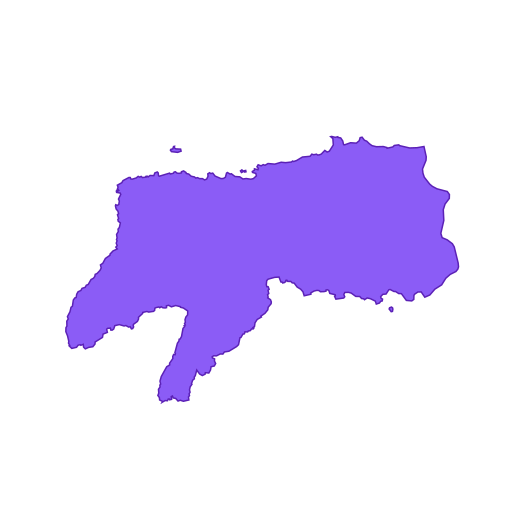 Santa Bárbara de Samaná, Samaná, Dominican Republic, rotated 167°
{"feature_id": "3306468B43421780768425", "entity_name": "Santa Bárbara de Samaná", "entity_type": "district", "adm_level": 2, "iso_a3": "DOM", "parent_name": "Dominican Republic", "parent_adm1": "Samaná", "projection": "orthographic", "projection_center": [-69.295, 19.263], "detail": "fine", "context": "isolated", "style": "filled", "palette": "violet", "viewbox_px": 512, "rotation_deg": 167, "n_neighbors": 0, "source": "geoboundaries", "source_scale": "gbopen_adm2", "svg_char_len": 6138}
<svg xmlns="http://www.w3.org/2000/svg" viewBox="0 0 512 512"><g transform="rotate(167 256 256)"><path d="M66.0,228.7L70.5,232.0L70.8,236.5L65.0,248.4L63.1,259.0L60.1,264.1L54.7,268.6L53.7,272.4L55.1,275.8L64.6,280.8L68.5,284.2L70.6,287.0L74.3,294.9L74.7,299.2L74.2,303.3L68.8,311.0L67.8,314.4L67.7,324.9L74.8,325.3L82.0,326.7L91.2,331.2L91.9,332.2L96.4,332.6L98.1,331.5L104.0,331.5L104.0,332.2L107.3,334.0L114.1,335.4L118.1,337.4L120.3,339.9L122.3,343.0L124.3,344.4L125.9,347.9L127.9,347.9L129.5,345.1L132.8,343.4L138.4,345.1L144.6,344.4L145.6,344.8L145.6,348.6L146.9,352.0L149.5,353.1L149.5,353.8L152.1,353.8L155.4,355.5L156.4,355.5L154.7,353.1L155.7,346.8L161.0,341.6L163.3,341.3L165.2,343.4L169.5,340.6L171.8,340.3L173.4,340.6L174.1,341.6L177.0,341.7L178.7,342.7L180.9,341.0L188.5,342.0L195.0,339.9L198.0,339.6L199.0,340.3L200.3,339.6L206.2,340.3L210.4,341.7L217.0,341.3L223.5,343.4L226.8,342.4L228.4,343.4L230.7,342.7L233.4,344.4L235.0,342.7L234.0,341.0L234.7,339.6L237.9,341.3L238.3,339.9L240.6,339.2L240.6,338.2L237.6,336.5L237.6,334.0L241.2,332.0L243.8,332.0L248.1,333.7L251.4,334.0L254.0,336.8L258.6,338.2L261.5,341.7L262.8,341.7L265.1,343.8L266.1,343.4L268.1,339.6L270.4,338.9L272.7,339.3L277.9,343.1L279.5,346.5L281.5,346.5L282.5,347.6L284.5,346.9L284.8,344.5L286.8,342.0L289.0,341.7L290.7,343.4L293.6,344.1L295.3,345.5L297.2,345.5L298.2,346.9L301.2,348.3L303.1,351.0L305.4,352.1L305.4,353.1L307.4,355.2L309.7,354.9L310.0,353.8L312.3,353.8L314.3,354.5L315.6,356.2L316.9,356.2L317.9,355.2L321.1,355.2L321.5,356.2L332.3,355.5L332.9,356.2L332.6,359.0L333.3,360.1L335.9,359.7L337.5,357.3L341.1,358.3L343.4,357.3L344.1,358.3L345.4,358.3L345.4,357.6L349.0,358.0L350.0,359.4L351.6,359.0L352.9,360.1L355.2,359.0L359.5,358.7L360.8,359.4L360.8,360.7L362.1,361.1L368.6,359.4L370.3,357.6L375.2,356.2L374.9,354.1L376.2,352.1L375.5,352.4L374.9,350.7L376.2,350.3L376.5,351.4L377.5,350.7L377.5,349.3L374.2,347.9L373.9,346.5L377.2,342.4L376.8,340.3L378.1,337.1L379.8,336.5L381.1,337.5L381.7,336.5L381.7,333.3L380.4,330.6L380.4,328.1L381.7,327.4L381.4,323.6L382.4,322.6L382.4,320.8L380.7,318.8L382.7,314.6L384.4,313.2L384.7,310.8L387.0,308.4L387.3,304.9L388.3,303.2L387.9,302.1L389.3,300.0L388.9,297.3L390.6,296.2L389.6,294.1L394.2,293.1L397.8,290.7L398.1,289.6L403.3,287.5L406.9,283.4L409.6,282.3L409.5,279.2L411.2,277.1L414.8,274.7L416.8,274.3L417.7,272.3L419.4,270.9L422.0,270.2L425.9,266.0L427.9,265.7L429.5,263.9L432.8,263.6L434.4,261.8L437.4,261.2L439.3,259.1L440.6,256.0L442.0,255.9L443.9,254.2L446.2,248.3L447.8,247.6L449.8,243.5L453.4,239.3L453.1,236.9L455.0,235.1L456.0,230.3L457.3,228.9L458.3,225.1L457.6,220.6L457.6,215.0L458.3,213.3L457.6,210.8L458.3,210.5L456.3,207.4L451.4,207.4L449.4,209.1L447.2,209.1L446.8,208.4L444.2,208.8L444.5,206.0L443.2,203.9L439.6,204.6L435.4,204.3L432.7,206.4L432.1,208.4L423.9,211.2L422.6,214.3L418.0,215.0L418.0,218.2L417.0,218.9L414.1,218.5L414.1,216.4L412.8,216.1L411.1,216.8L409.2,219.9L404.6,219.9L400.3,217.5L398.4,217.5L396.1,215.4L394.5,215.4L393.8,213.0L392.5,213.0L391.2,214.4L391.2,216.4L390.5,217.1L386.3,218.9L384.6,221.0L384.3,222.7L379.4,225.5L379.1,226.5L374.8,226.5L373.2,225.5L368.3,225.1L367.0,225.8L366.3,227.9L365.0,228.2L362.1,228.2L361.4,227.2L359.8,227.9L358.4,226.5L356.2,225.8L354.8,225.8L354.5,227.6L352.2,227.6L349.9,225.5L345.4,225.8L341.1,223.7L341.1,223.0L338.5,221.7L334.9,217.8L335.9,214.0L338.1,212.3L339.5,209.9L339.8,207.1L340.8,206.4L340.4,204.7L341.7,204.3L341.4,203.3L343.4,201.9L346.7,194.3L348.6,192.2L349.6,192.2L350.3,190.4L352.2,188.7L356.8,180.0L356.5,179.0L357.1,178.0L358.4,178.6L359.7,176.9L360.1,174.8L364.3,171.0L364.6,169.3L367.9,168.2L375.4,159.9L377.7,155.7L377.7,152.6L378.7,151.9L379.0,149.9L381.0,148.1L381.6,144.3L383.0,142.2L382.0,139.8L382.3,137.4L379.7,135.3L380.3,134.6L377.1,135.6L374.8,134.9L373.8,136.3L372.8,136.3L372.5,135.3L370.5,135.3L370.2,138.1L368.9,138.4L368.6,136.3L366.3,135.3L364.6,132.2L362.3,132.5L359.4,130.8L353.8,130.8L353.5,133.9L352.2,134.9L352.2,136.7L350.9,138.1L350.9,140.5L349.6,143.3L347.3,145.4L347.6,146.0L345.7,149.2L343.7,150.2L343.4,151.9L342.1,153.0L339.4,158.2L337.5,153.7L335.2,151.6L332.2,152.3L331.6,153.7L328.3,152.6L326.0,155.1L324.7,158.2L321.4,158.2L319.5,160.3L320.1,163.0L319.5,165.1L321.4,166.5L321.4,167.6L319.8,168.3L316.9,167.6L312.9,168.6L310.3,167.9L308.4,169.6L303.8,169.3L295.3,172.1L293.0,173.5L290.0,180.0L289.0,180.0L286.4,182.8L284.8,182.8L283.8,184.6L281.2,183.9L280.5,184.6L278.2,184.6L276.9,185.9L275.0,185.6L274.3,186.3L275.0,187.0L273.3,187.7L272.0,191.1L269.1,193.9L264.5,195.3L264.8,196.3L260.2,198.1L256.6,200.9L255.7,203.3L252.0,206.1L251.4,207.8L251.7,210.2L254.0,212.6L253.4,213.3L253.4,215.8L252.0,216.5L252.0,219.9L250.7,220.6L251.1,223.4L252.4,223.7L252.4,225.8L251.1,229.6L249.4,230.7L242.7,231.0L238.3,230.3L237.6,225.1L236.0,224.4L236.0,223.7L234.4,223.7L232.7,224.4L232.4,225.5L231.4,225.5L230.8,224.1L227.8,223.4L226.8,221.7L224.9,221.0L222.9,216.5L220.0,213.7L218.3,210.6L218.0,206.4L211.1,206.4L210.8,207.8L207.2,208.8L204.3,208.8L202.3,208.1L201.3,206.7L197.7,206.0L195.7,206.0L195.4,207.1L194.1,207.1L192.8,206.0L192.5,202.9L187.6,200.5L187.6,199.4L188.5,199.1L187.9,196.0L180.0,195.3L178.7,196.3L179.1,198.7L177.7,200.5L174.1,199.8L171.5,198.4L167.9,194.2L164.0,193.2L162.7,190.8L160.7,190.1L160.1,189.0L157.1,190.1L154.2,188.7L149.9,185.2L149.6,182.1L146.3,182.4L144.7,183.8L143.1,183.8L142.4,185.5L143.7,186.9L143.7,188.3L141.1,190.1L137.8,189.7L134.2,193.2L132.9,193.2L129.6,190.4L128.0,190.0L125.4,187.3L122.8,186.6L119.5,178.9L114.3,177.2L112.0,178.2L111.0,182.1L110.0,183.1L106.4,184.5L103.1,183.8L100.8,177.9L95.4,178.9L89.1,183.5L81.6,186.1L76.1,191.6L70.9,194.4L64.7,195.9L62.3,197.8L61.1,199.9L60.6,203.7L60.8,220.3L61.9,223.8L66.0,228.7ZM309.0,374.6L305.4,375.0L305.4,377.1L310.0,378.4L311.3,379.8L310.7,381.2L311.7,381.2L313.0,379.1L314.9,379.1L315.6,378.4L314.9,376.7L309.0,374.6ZM136.8,171.3L135.5,171.3L134.6,173.4L134.6,174.8L135.5,175.8L137.5,175.5L138.2,174.4L136.8,171.3ZM248.1,340.3L246.8,340.3L246.8,341.7L249.4,341.7L250.4,343.1L252.0,342.4L251.4,340.6L248.4,341.3L248.1,340.3Z" fill="#8b5cf6" stroke="#5b21b6" stroke-width="1.5"/></g></svg>